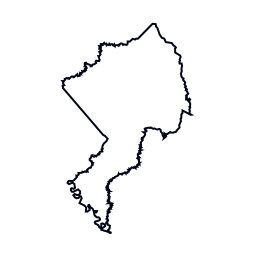 Vistahermosa, Meta, Colombia (orthographic projection), rotated 64°
{"feature_id": "7082276B61594004967505", "entity_name": "Vistahermosa", "entity_type": "district", "adm_level": 2, "iso_a3": "COL", "parent_name": "Colombia", "parent_adm1": "Meta", "projection": "orthographic", "projection_center": [-73.544, 2.77], "detail": "fine", "context": "isolated", "style": "outline", "palette": "ink", "viewbox_px": 256, "rotation_deg": 64, "n_neighbors": 0, "source": "geoboundaries", "source_scale": "gbopen_adm2", "svg_char_len": 5926}
<svg xmlns="http://www.w3.org/2000/svg" viewBox="0 0 256 256"><g transform="rotate(64 128 128)"><path d="M56.2,163.3L57.0,163.3L57.7,165.0L57.1,166.3L58.5,166.0L59.3,166.8L61.6,166.6L61.3,168.2L63.6,168.9L123.3,153.4L125.1,152.1L128.8,151.0L130.5,153.4L131.3,156.5L132.9,158.7L134.4,159.8L135.6,159.8L135.6,161.1L137.8,161.3L137.1,163.6L137.6,164.7L138.4,164.7L138.3,165.9L139.1,165.8L138.8,167.5L139.6,168.9L138.4,169.7L139.1,170.7L138.9,171.2L137.5,172.2L136.9,171.8L136.7,172.8L138.4,174.2L139.0,176.0L140.3,176.5L141.7,175.3L142.2,175.8L142.9,175.3L143.7,175.7L144.1,174.8L144.9,175.9L145.6,175.8L145.6,176.9L147.4,178.8L146.9,180.0L147.6,183.1L149.5,183.4L148.7,184.5L149.1,185.0L148.1,185.8L148.1,187.5L147.3,188.2L148.0,189.1L146.7,192.2L148.2,192.7L148.4,194.3L149.1,195.0L148.5,195.4L149.9,195.9L151.3,199.7L151.3,201.2L149.6,204.3L150.0,205.8L151.0,206.4L152.6,205.6L152.8,201.8L154.7,200.8L158.5,201.8L158.9,203.4L157.5,204.9L157.5,205.8L159.1,206.6L160.6,206.4L161.4,205.2L161.3,199.8L163.9,198.8L166.0,199.8L166.5,201.5L165.8,203.4L163.9,204.9L164.4,206.6L167.4,206.0L168.6,205.0L169.2,203.1L168.0,201.1L169.1,200.2L170.9,200.5L174.3,204.5L177.9,201.6L180.2,200.5L181.9,200.8L184.6,202.5L185.3,201.2L184.8,198.3L183.6,197.8L180.9,198.2L180.0,197.4L180.1,196.6L182.7,196.5L184.9,195.2L187.5,195.2L189.1,192.3L190.0,193.4L188.9,195.6L191.7,196.3L194.5,195.3L195.5,193.5L196.7,193.0L198.1,193.3L198.4,194.8L197.7,198.5L198.4,199.3L199.5,199.4L202.4,197.2L204.4,197.4L205.5,196.8L205.1,195.4L202.4,194.0L202.5,193.0L203.6,191.8L205.3,191.2L206.3,191.7L207.0,196.2L207.8,196.6L212.5,191.5L214.2,190.5L215.0,188.8L212.9,190.6L211.8,190.4L211.1,190.9L210.3,188.7L207.9,187.1L206.0,188.7L204.7,188.2L204.1,189.4L203.5,189.1L202.5,186.5L201.6,186.3L201.4,186.8L200.8,186.5L200.2,187.1L199.2,185.7L198.4,185.7L198.4,184.8L195.9,184.0L195.6,182.0L194.8,183.1L194.2,183.0L194.7,182.2L193.9,181.8L194.2,181.4L193.1,181.4L193.3,180.6L192.3,180.3L193.0,179.0L192.4,179.1L192.2,178.2L191.7,178.6L190.7,176.2L190.1,176.7L189.1,175.1L188.7,175.6L189.3,177.3L188.0,176.6L187.0,178.8L186.8,177.7L185.3,178.2L185.4,177.6L186.0,177.8L185.9,177.1L184.3,177.6L184.4,176.6L183.7,176.0L183.3,176.4L183.0,175.9L182.5,176.0L181.9,174.6L181.3,174.7L181.9,175.2L181.3,175.5L180.6,174.9L179.6,175.3L178.6,173.5L177.3,174.1L176.6,173.4L177.2,173.2L176.6,172.8L176.8,172.2L175.9,172.9L176.0,172.2L175.4,172.1L174.7,173.9L173.8,173.3L174.1,172.9L173.7,172.5L173.1,173.6L172.3,172.3L171.6,173.2L170.7,171.8L171.2,171.4L169.8,170.8L170.3,170.4L169.7,169.3L167.7,169.1L167.7,167.8L169.0,167.9L167.4,167.3L168.0,166.7L167.3,166.3L167.9,165.9L167.0,165.3L167.5,164.8L166.4,163.5L166.9,161.9L166.3,161.4L166.4,157.9L165.0,156.4L165.7,156.4L166.4,153.4L167.1,153.5L166.5,152.0L167.2,150.7L166.9,150.3L167.4,150.1L166.8,149.9L168.0,148.2L167.2,147.4L167.6,146.5L166.7,145.7L165.9,145.9L166.3,145.1L165.2,144.7L166.0,143.9L165.0,142.1L165.9,141.0L165.8,139.8L166.5,139.9L166.6,139.1L167.3,138.8L166.1,138.3L166.8,136.8L166.3,136.9L165.8,135.3L165.2,135.7L164.9,134.8L164.9,134.2L165.8,133.7L164.6,133.3L164.4,132.7L164.1,133.4L162.2,132.4L161.4,132.5L161.0,131.8L159.8,132.6L159.6,131.8L159.0,132.5L158.4,131.5L158.8,130.9L157.7,131.3L156.0,130.8L155.4,129.9L155.7,128.6L156.2,128.8L156.3,128.2L155.0,128.2L155.3,127.7L154.2,127.7L153.9,126.8L153.5,127.1L153.6,126.1L153.0,126.9L152.5,126.3L151.5,126.5L151.5,124.9L151.0,125.3L150.4,124.6L150.0,125.2L149.3,124.4L148.6,124.7L148.8,123.7L146.6,122.9L145.3,120.1L144.1,120.5L144.0,120.0L143.6,120.4L143.0,119.9L142.9,117.5L141.3,115.3L140.3,115.1L138.6,115.9L139.2,114.6L139.0,112.8L138.2,112.6L137.7,113.4L136.1,113.4L135.9,112.5L136.9,108.9L137.7,108.2L137.5,107.3L139.8,105.7L140.0,104.5L142.1,102.5L142.7,100.1L144.1,99.5L145.7,100.1L148.6,99.3L149.5,100.1L150.9,99.4L151.2,100.0L152.2,99.6L153.0,100.3L152.6,98.7L151.8,99.4L150.4,98.4L151.3,98.3L151.6,97.3L149.5,97.2L150.3,96.7L150.7,95.5L150.1,91.9L150.8,91.7L152.0,89.4L152.4,86.2L151.6,85.4L150.2,81.5L148.0,80.8L144.9,77.3L142.9,76.8L142.3,75.7L139.2,74.1L138.6,72.7L136.2,71.3L143.6,65.9L143.8,65.3L142.4,66.2L140.7,65.8L139.9,64.9L138.3,64.8L137.1,63.3L136.1,63.5L136.1,62.9L133.3,61.4L131.8,61.5L130.0,60.6L129.6,59.7L128.8,59.9L129.3,61.0L128.3,61.6L129.3,62.1L127.8,62.5L127.7,63.2L126.4,62.5L126.5,61.9L125.5,62.1L125.0,61.0L124.2,61.3L123.5,58.8L119.7,59.0L119.4,58.6L119.2,59.3L118.2,58.4L116.3,58.9L115.9,57.7L113.5,58.1L112.1,56.6L108.8,57.4L107.9,56.4L106.4,57.3L104.7,57.3L102.3,56.5L100.4,54.7L98.2,54.0L95.9,52.2L93.5,51.6L92.7,53.3L90.9,52.8L90.4,51.8L89.2,51.6L87.1,49.5L85.7,49.4L80.8,52.5L77.1,50.8L76.7,49.7L75.4,50.0L73.8,50.9L70.7,51.5L67.4,56.4L63.6,56.2L61.8,58.0L57.9,58.6L50.7,57.7L49.4,58.3L46.7,57.6L45.1,60.3L52.1,80.0L51.2,81.6L51.6,82.8L49.9,84.7L51.1,88.4L50.1,90.4L52.3,91.6L52.7,92.8L51.2,94.8L51.1,96.0L50.0,96.0L48.9,97.1L49.1,99.9L50.0,99.8L50.0,100.4L48.6,101.7L48.1,103.2L48.6,103.7L47.8,103.7L48.4,104.1L47.5,104.7L46.7,104.5L46.1,105.1L46.5,105.4L45.6,105.7L45.2,107.0L45.5,107.6L44.1,107.9L44.9,109.0L43.7,110.3L44.0,110.9L42.6,110.6L42.3,111.9L41.0,112.1L41.6,113.5L41.0,115.0L42.3,114.6L42.1,115.6L41.1,115.8L42.3,117.2L41.9,117.8L42.6,117.7L42.8,117.0L43.1,117.7L42.6,118.1L43.4,118.6L43.2,117.8L43.9,117.3L44.5,118.5L45.0,117.9L45.5,118.4L46.8,117.9L47.1,118.4L46.3,119.0L47.1,119.5L47.6,119.0L48.0,119.8L47.5,120.4L49.9,120.5L50.8,122.5L50.4,123.1L54.3,123.6L55.2,124.6L53.6,127.0L54.2,128.0L55.6,128.1L55.9,130.5L55.5,132.2L56.6,133.5L56.2,134.6L54.9,134.3L51.6,137.3L51.0,137.1L50.6,138.1L51.5,138.9L52.3,138.6L53.2,139.6L53.3,139.0L55.2,138.7L55.5,140.1L56.3,139.5L56.7,141.0L57.1,140.7L57.5,141.4L57.8,141.0L58.2,142.0L57.2,142.7L57.4,143.5L56.8,144.2L58.2,144.5L58.3,145.9L57.7,146.6L59.1,146.7L58.4,147.6L59.9,148.5L59.4,150.4L57.4,150.0L58.6,154.2L58.4,154.9L57.5,154.9L57.0,156.3L57.7,158.7L57.1,159.5L57.7,159.7L56.2,161.4L56.2,163.3Z" fill="none" stroke="#020617" stroke-width="2"/></g></svg>